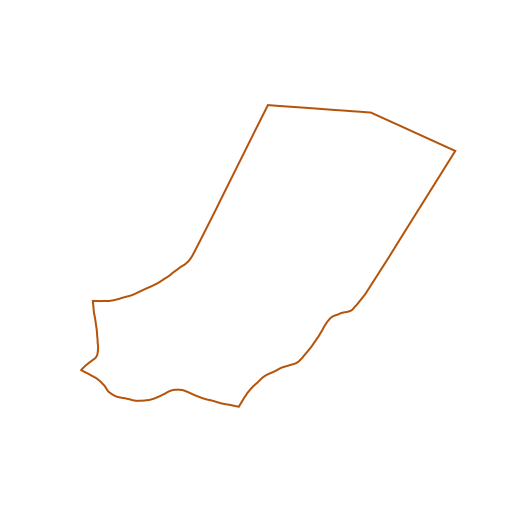 the district of Al Qaff, Hadramawt, Yemen, rotated 31°
{"feature_id": "15242507B27832262197062", "entity_name": "Al Qaff", "entity_type": "district", "adm_level": 2, "iso_a3": "YEM", "parent_name": "Yemen", "parent_adm1": "Hadramawt", "projection": "albers", "projection_center": [48.909, 17.431], "detail": "fine", "context": "isolated", "style": "outline", "palette": "amber", "viewbox_px": 512, "rotation_deg": 31, "n_neighbors": 0, "source": "geoboundaries", "source_scale": "gbopen_adm2", "svg_char_len": 6065}
<svg xmlns="http://www.w3.org/2000/svg" viewBox="0 0 512 512"><g transform="rotate(31 256 256)"><path d="M372.7,63.3L363.4,64.4L352.0,65.7L339.7,67.1L327.6,68.5L316.0,69.8L304.1,71.2L292.6,72.5L280.6,73.9L269.8,79.3L263.6,82.5L256.8,85.9L246.7,91.1L239.7,94.6L232.9,98.0L222.4,103.3L215.9,106.6L209.1,110.1L198.9,115.3L188.5,120.5L190.5,147.1L196.7,225.4L197.7,237.0L200.2,271.1L200.9,281.9L201.0,283.0L201.1,284.1L201.1,285.1L201.2,286.4L201.3,287.5L201.3,288.5L201.2,291.6L201.1,292.8L201.0,293.8L200.8,295.2L200.5,296.3L200.2,297.3L199.9,298.3L199.5,299.4L199.2,300.3L198.6,301.3L198.1,302.3L197.4,303.4L196.8,304.8L196.4,305.7L196.0,306.9L195.4,308.3L194.9,309.5L194.5,310.5L194.0,311.5L193.6,312.4L193.2,313.6L192.8,314.7L192.5,315.7L192.2,316.7L191.7,317.8L191.2,319.0L190.6,320.2L190.1,321.1L189.6,322.0L189.1,323.1L188.6,324.2L187.5,326.3L187.1,327.3L186.6,328.2L186.0,329.4L185.4,330.5L184.8,331.5L184.2,332.4L183.6,333.4L182.9,334.3L182.3,335.3L181.5,336.5L181.1,337.0L180.7,337.6L180.0,338.5L179.3,339.5L178.7,340.4L178.1,341.3L177.3,342.4L176.7,343.3L176.1,344.2L175.9,344.5L175.2,345.6L174.6,346.5L174.4,346.7L173.7,347.7L173.1,348.8L172.3,350.0L171.6,351.0L170.9,352.0L170.2,352.9L169.5,353.8L168.8,354.6L168.1,355.4L167.3,356.2L166.5,357.0L165.6,357.9L164.8,358.7L164.0,359.6L163.2,360.4L162.4,361.2L161.6,362.2L160.9,363.1L160.2,363.8L159.4,364.6L158.5,365.5L156.7,367.3L155.9,368.0L155.0,368.7L154.2,369.4L153.3,370.2L152.4,370.8L151.9,371.0L151.5,371.3L150.6,371.8L149.7,372.3L148.9,372.8L146.9,374.1L144.7,375.5L143.8,376.0L142.8,376.5L141.8,377.0L141.0,377.5L139.9,378.2L139.3,378.6L139.6,379.0L140.4,380.1L141.2,381.2L142.2,382.4L142.9,383.4L143.6,384.5L144.9,386.2L145.6,387.1L146.3,388.1L147.1,389.0L148.0,389.8L148.7,390.7L149.7,391.8L151.9,394.4L152.6,395.3L153.4,396.3L153.7,396.7L154.1,397.1L154.7,397.9L155.6,399.0L156.3,399.8L157.1,400.8L158.0,402.0L158.6,402.7L158.7,403.0L159.2,403.6L160.0,404.7L160.7,405.9L161.3,406.7L162.0,407.6L162.8,408.6L163.4,409.5L164.0,410.4L164.6,411.4L165.3,412.4L166.0,413.2L166.6,414.0L167.4,415.1L168.0,416.2L168.3,416.7L168.6,417.3L169.2,418.5L169.8,419.8L170.2,420.8L170.6,421.7L170.9,422.8L171.0,424.0L171.0,425.2L170.8,426.4L170.4,427.5L170.0,428.4L169.6,429.3L169.2,430.4L168.7,431.4L168.2,432.7L167.8,433.7L167.5,434.5L167.4,435.0L167.0,436.0L166.6,437.0L166.3,438.0L166.0,439.0L165.7,440.2L165.4,441.4L165.1,442.5L164.9,443.6L164.9,443.8L165.2,443.8L166.4,443.8L167.9,443.7L168.9,443.6L170.3,443.6L171.7,443.4L173.0,443.3L174.2,443.3L175.2,443.2L176.4,443.3L177.6,443.2L178.6,443.1L179.6,443.1L180.7,443.0L182.0,443.0L183.0,443.1L183.9,443.2L185.0,443.4L186.1,443.5L187.3,443.7L188.3,444.0L189.5,444.3L190.5,444.6L191.5,444.8L192.8,445.2L193.9,445.6L194.8,446.2L195.8,446.6L196.7,447.1L197.6,447.5L198.6,448.0L199.6,448.3L200.7,448.4L201.8,448.5L203.2,448.6L205.7,448.7L206.7,448.6L207.6,448.5L209.0,448.3L209.4,448.2L210.0,448.0L211.0,447.7L212.0,447.4L213.3,446.9L214.2,446.6L215.2,446.2L216.1,445.8L217.3,445.3L218.4,445.0L219.3,444.7L220.3,444.3L221.3,444.0L222.5,443.6L223.7,443.4L225.0,443.0L226.0,442.6L227.0,442.2L228.2,441.7L229.2,441.0L230.2,440.4L231.4,439.6L232.2,439.1L233.2,438.5L234.1,437.9L235.3,436.9L235.8,436.6L236.2,436.2L236.9,435.7L237.1,435.6L237.9,435.0L238.8,434.3L239.6,433.4L240.5,432.4L241.4,431.5L242.1,430.7L242.8,429.7L243.4,428.9L244.0,428.1L244.8,427.1L245.6,425.9L246.3,424.8L247.2,423.4L248.1,422.0L248.9,420.8L249.4,419.9L250.0,418.8L250.6,417.7L251.4,416.5L251.9,415.9L252.2,415.4L253.1,414.4L253.9,413.6L254.7,412.9L255.8,412.2L256.7,411.6L257.9,410.8L258.8,410.3L259.7,409.9L260.7,409.4L261.7,408.9L262.7,408.6L263.4,408.5L263.7,408.4L264.7,408.2L265.7,408.0L267.0,407.8L268.2,407.6L269.3,407.5L270.4,407.4L271.2,407.3L271.8,407.3L273.1,407.1L274.3,407.0L275.4,406.8L276.4,406.7L277.5,406.5L278.4,406.3L279.5,406.1L280.9,405.9L281.9,405.7L283.0,405.5L283.3,405.4L284.0,405.3L285.0,405.0L286.3,404.7L287.4,404.4L288.7,404.0L290.0,403.5L291.4,403.0L292.8,402.6L294.3,402.2L295.7,401.8L297.2,401.5L298.2,401.3L299.5,400.9L300.6,400.6L301.8,400.3L303.0,399.9L303.9,399.6L304.9,399.2L305.8,398.9L306.9,398.4L308.0,398.0L308.4,397.8L308.9,397.6L310.2,397.1L312.2,396.4L313.2,396.1L314.4,395.7L315.6,395.3L316.9,394.8L317.9,394.4L318.9,394.1L318.9,393.0L318.9,392.0L318.9,391.4L318.9,390.7L318.9,389.4L318.9,388.1L318.9,386.8L318.9,385.8L318.9,384.8L318.9,382.6L319.0,381.6L319.1,380.4L319.1,379.3L319.1,378.1L319.3,376.9L319.5,375.8L319.7,374.7L319.7,374.3L319.8,373.7L320.0,372.3L320.3,371.2L320.5,370.2L320.7,369.1L321.1,368.0L321.4,366.8L321.7,366.1L321.7,365.8L322.2,364.7L322.5,363.6L322.7,362.5L323.0,361.6L323.2,360.5L323.5,359.5L323.8,358.3L324.1,357.2L324.5,356.3L324.9,355.3L325.4,354.2L326.4,352.4L327.0,351.4L327.7,350.4L327.9,350.1L328.4,349.4L330.4,346.7L331.0,345.8L331.7,344.7L332.3,343.8L332.8,342.9L333.3,342.0L333.8,341.1L334.4,340.1L335.1,339.0L335.7,338.2L336.3,337.4L337.3,336.4L338.2,335.4L338.9,334.7L339.4,334.2L340.1,333.4L341.3,332.0L342.3,330.9L343.3,329.9L344.1,329.0L344.9,328.1L345.5,327.3L346.1,326.2L346.6,325.1L347.0,324.1L347.3,323.0L347.5,321.9L347.8,320.9L348.1,319.6L348.2,318.7L348.2,318.4L348.4,317.4L348.5,316.4L348.7,315.4L348.9,314.0L349.1,312.8L349.3,311.8L349.4,310.7L349.6,309.6L349.7,308.4L349.9,307.3L350.1,306.2L350.3,303.7L350.4,302.6L350.4,301.5L350.5,300.3L350.6,299.2L350.7,298.0L350.7,297.8L350.7,296.9L350.8,295.9L350.9,294.7L351.0,293.6L351.0,291.2L351.0,288.6L351.0,287.3L351.0,286.1L351.0,284.9L350.9,283.7L350.8,282.6L350.8,281.3L350.8,279.1L350.9,277.9L350.9,276.6L351.0,275.4L351.2,274.1L351.4,272.9L351.6,271.8L351.8,270.8L352.2,269.8L352.7,268.7L353.2,267.8L353.8,267.0L354.4,266.2L355.2,265.3L356.0,264.4L356.9,263.3L357.5,262.3L358.2,261.3L358.9,260.6L359.6,259.8L359.8,259.7L360.5,259.0L361.2,258.4L361.3,258.3L362.1,257.7L362.9,257.0L364.3,255.5L365.0,254.7L365.7,253.6L366.1,252.7L366.4,251.5L366.6,250.4L366.8,249.2L366.8,248.7L366.9,248.2L367.2,247.3L367.2,247.1L367.5,246.0L369.3,232.4L370.5,189.4L370.9,161.4L370.9,161.5L372.7,63.3Z" fill="none" stroke="#b45309" stroke-width="2"/></g></svg>